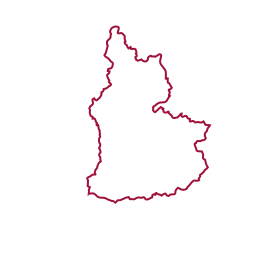 the district of Con Cuong, Nghệ An, Vietnam, rotated 319°
{"feature_id": "81297802B27308287932068", "entity_name": "Con Cuong", "entity_type": "district", "adm_level": 2, "iso_a3": "VNM", "parent_name": "Vietnam", "parent_adm1": "Nghệ An", "projection": "albers", "projection_center": [104.863, 19.063], "detail": "fine", "context": "isolated", "style": "outline", "palette": "rose", "viewbox_px": 256, "rotation_deg": 319, "n_neighbors": 0, "source": "geoboundaries", "source_scale": "gbopen_adm2", "svg_char_len": 5868}
<svg xmlns="http://www.w3.org/2000/svg" viewBox="0 0 256 256"><g transform="rotate(319 128 128)"><path d="M196.0,98.6L200.5,95.2L200.8,94.4L200.7,93.7L200.1,93.0L199.4,92.7L198.1,92.7L197.0,92.3L196.0,92.3L195.3,92.1L195.0,91.8L194.6,90.9L192.9,89.8L192.6,88.4L192.3,88.2L190.1,87.9L188.9,88.3L187.9,89.4L185.6,89.7L184.6,89.1L183.8,88.1L183.3,87.1L183.1,85.1L179.5,83.6L179.4,83.4L179.3,82.7L179.0,82.2L178.9,81.9L179.3,81.0L179.6,79.8L180.3,79.3L181.5,79.6L181.8,79.4L182.7,78.0L182.7,77.0L183.9,76.6L184.1,76.4L185.2,73.9L185.2,73.4L185.0,72.6L182.7,70.9L182.2,70.4L182.2,70.1L182.9,69.3L183.1,68.6L181.9,68.4L181.0,68.4L180.6,68.3L180.6,68.1L180.8,66.3L181.4,64.9L181.1,62.9L181.2,62.0L181.8,61.0L182.2,60.9L182.6,61.2L182.8,61.2L183.9,58.7L184.7,57.5L185.6,56.9L185.9,56.1L185.7,52.8L185.3,52.0L184.7,51.6L183.3,50.7L182.7,49.8L182.6,49.6L183.7,48.6L185.7,47.4L186.9,46.1L186.9,45.6L186.8,45.1L186.4,44.5L184.9,43.1L183.8,42.4L181.7,42.0L181.1,42.0L179.5,42.4L178.8,42.8L177.7,43.5L177.1,44.6L177.1,45.6L176.9,45.9L175.5,46.8L174.3,48.1L173.4,48.5L170.4,48.7L169.4,48.8L168.7,49.2L167.0,51.2L167.0,52.1L166.6,52.7L160.1,57.0L158.2,57.4L158.0,57.6L157.8,59.2L158.2,60.7L158.7,61.7L158.8,64.5L158.7,66.3L159.2,68.3L159.1,69.1L158.5,69.8L156.5,71.4L154.6,71.9L151.8,70.5L150.1,71.8L150.6,72.6L151.2,73.2L151.0,73.4L149.8,74.2L147.3,74.2L146.7,74.7L146.4,75.2L145.6,77.0L145.1,79.9L143.7,80.8L143.9,83.5L143.9,83.9L143.7,84.1L143.0,84.3L142.2,84.3L141.7,84.2L140.7,83.9L139.5,84.0L137.6,83.8L137.1,83.7L135.3,82.6L135.2,82.6L134.3,83.5L133.4,83.9L132.6,83.9L131.7,83.6L131.4,83.7L130.4,84.4L130.4,84.9L129.8,85.5L127.6,86.3L125.9,86.7L125.0,86.5L123.2,86.7L122.2,86.3L122.0,85.8L121.8,85.3L121.9,83.4L120.1,83.2L119.8,83.3L119.4,83.8L118.0,86.1L117.6,86.5L117.0,86.9L115.9,87.1L113.9,86.9L112.8,87.2L111.7,87.8L111.0,89.7L109.8,90.7L109.2,91.4L108.7,92.3L107.9,94.0L107.9,94.7L108.4,95.7L108.6,96.4L108.3,97.0L107.4,97.8L107.5,97.9L108.2,98.1L108.9,98.8L109.0,99.2L108.8,100.0L107.7,103.0L107.9,103.5L107.9,103.9L107.7,104.2L106.7,104.6L106.4,104.9L106.3,105.3L106.4,105.7L107.4,106.3L107.3,106.6L106.1,108.2L105.4,109.4L105.0,110.6L104.9,111.5L104.0,112.2L103.0,114.2L102.2,114.5L101.9,114.8L101.7,115.8L101.2,116.4L99.3,117.0L97.4,119.0L96.8,120.1L96.5,121.7L95.6,122.9L95.0,123.5L93.3,123.9L92.8,124.6L92.7,126.0L91.6,128.0L91.2,128.4L89.8,128.6L89.3,128.8L88.3,129.7L87.8,132.0L86.3,133.8L85.6,135.4L84.8,135.4L83.6,135.1L83.1,135.2L80.1,136.6L78.4,137.9L75.9,138.3L74.4,139.3L73.4,140.2L73.2,140.5L73.1,141.6L72.9,141.7L70.8,140.1L70.1,139.8L68.0,139.8L65.8,139.1L64.3,139.1L64.0,139.4L63.5,141.1L63.3,141.5L60.7,144.2L59.5,145.2L59.5,145.6L60.2,147.1L60.4,147.6L57.7,149.1L57.1,150.1L55.2,151.9L55.4,151.9L57.9,153.7L58.8,154.5L59.4,155.5L59.8,157.5L59.9,159.4L60.0,160.0L60.4,160.9L60.9,161.7L61.8,162.8L64.2,165.0L64.8,165.9L66.2,169.3L67.1,170.8L67.7,172.2L68.7,173.2L69.1,173.9L69.3,175.4L69.5,176.1L70.2,176.1L72.6,175.8L72.9,175.9L73.4,176.2L74.6,177.4L76.0,177.7L78.3,178.6L79.8,178.8L83.0,180.4L83.2,180.5L83.2,181.0L82.7,182.5L82.7,182.9L83.0,183.2L84.1,184.1L85.8,185.8L86.5,186.1L87.2,186.1L88.5,186.4L90.2,187.1L90.7,187.7L92.2,189.4L94.3,190.4L94.5,190.6L94.7,191.2L94.6,193.4L95.0,194.1L97.0,195.3L99.0,195.6L100.8,196.2L102.1,194.9L102.5,194.7L103.9,195.0L104.2,195.1L104.6,196.2L104.8,196.4L105.0,196.3L105.6,195.5L105.9,195.4L106.7,195.6L107.2,197.6L108.4,199.3L109.0,201.1L110.3,201.0L112.5,201.6L113.2,202.0L113.2,203.1L113.1,203.8L113.2,204.7L113.8,205.7L114.0,205.9L116.4,206.1L117.5,206.8L119.3,208.3L120.1,208.4L120.5,208.4L121.2,208.0L122.1,207.0L123.2,206.4L124.4,206.0L126.3,205.9L126.6,206.0L127.5,208.6L128.1,209.7L129.4,211.1L131.0,212.0L132.4,212.4L133.7,211.7L136.5,211.5L140.4,210.8L142.7,210.8L143.7,211.2L144.7,212.4L145.6,213.2L146.7,213.8L147.5,214.0L147.8,213.1L148.4,212.5L150.6,212.0L151.7,210.6L153.5,210.9L156.5,210.8L158.3,210.1L160.9,210.3L162.5,210.0L162.8,207.9L163.1,207.1L163.6,205.9L165.3,202.6L165.3,202.1L164.9,201.7L164.8,201.1L164.8,200.5L165.2,199.4L165.4,199.1L167.0,197.8L167.3,197.3L168.4,194.2L165.7,191.6L165.2,190.8L165.1,190.3L165.2,189.5L166.0,188.1L167.1,184.9L167.5,184.2L167.9,183.8L168.3,183.6L169.6,184.0L170.5,183.5L171.2,183.3L171.8,183.4L174.3,185.6L175.9,185.9L177.0,186.7L177.4,186.9L178.7,187.1L179.4,187.0L180.1,186.5L180.5,185.1L181.0,184.4L181.4,183.5L182.3,182.8L183.5,182.2L185.3,182.1L187.8,180.6L190.3,180.1L191.6,179.7L191.0,178.9L189.7,177.9L189.4,177.1L188.8,176.9L188.6,176.0L189.1,173.7L189.3,173.0L189.3,172.5L188.8,172.4L188.0,172.4L186.9,172.0L185.8,170.8L185.0,169.5L183.9,169.0L183.3,168.4L182.3,167.8L182.2,167.3L182.2,166.7L181.9,165.6L181.5,165.2L179.2,164.0L179.1,163.8L179.1,163.4L179.3,163.1L180.7,161.8L179.6,160.3L179.5,159.8L179.5,159.2L180.0,158.3L179.8,157.2L179.5,156.7L179.0,156.4L176.6,155.5L176.4,155.2L176.2,154.5L176.3,153.8L176.4,153.6L177.9,152.3L177.4,152.0L172.3,152.5L170.9,151.6L169.9,151.1L168.9,150.3L168.7,149.9L168.6,148.8L169.2,147.0L168.8,146.3L168.8,144.9L168.5,143.7L169.3,142.6L169.3,142.3L168.9,141.9L167.4,141.7L166.6,141.1L165.8,140.2L165.5,139.2L166.4,137.6L166.3,136.9L167.2,136.8L167.4,136.7L167.3,136.1L166.7,134.9L166.6,133.8L163.8,133.7L159.7,133.9L159.0,133.8L158.7,133.7L158.5,133.3L158.5,131.1L159.8,129.9L160.4,129.2L160.5,128.7L161.3,128.8L162.2,128.6L163.3,128.9L165.8,128.9L168.4,129.5L169.3,130.1L170.0,130.8L171.3,131.5L172.0,132.2L173.0,132.7L174.1,132.9L175.0,132.8L176.3,132.5L178.1,131.8L180.6,131.3L180.2,130.5L180.8,130.0L181.0,129.6L181.5,129.5L183.0,128.5L183.2,126.9L183.4,126.5L183.9,125.9L184.2,125.9L185.3,126.6L187.5,126.3L188.1,122.8L188.5,121.4L187.9,120.0L188.0,119.6L189.5,117.8L189.6,117.4L190.6,116.8L190.6,116.6L189.0,115.7L188.9,115.5L192.3,111.8L193.4,110.3L193.7,109.7L194.2,107.9L194.3,105.4L194.5,103.6L194.5,102.1L194.9,100.4L196.0,98.6Z" fill="none" stroke="#9f1239" stroke-width="2"/></g></svg>